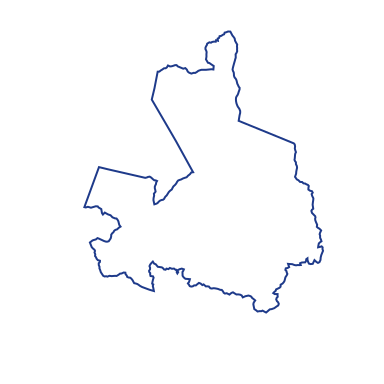 Quixadá, Ceará, Brazil (Mercator projection), rotated 250°
{"feature_id": "56859067B59231090145989", "entity_name": "Quixadá", "entity_type": "district", "adm_level": 2, "iso_a3": "BRA", "parent_name": "Brazil", "parent_adm1": "Ceará", "projection": "mercator", "projection_center": [-38.963, -4.916], "detail": "fine", "context": "isolated", "style": "outline", "palette": "blue", "viewbox_px": 384, "rotation_deg": 250, "n_neighbors": 0, "source": "geoboundaries", "source_scale": "gbopen_adm2", "svg_char_len": 6002}
<svg xmlns="http://www.w3.org/2000/svg" viewBox="0 0 384 384"><g transform="rotate(250 192 192)"><path d="M329.6,282.9L330.5,280.8L330.4,278.7L330.6,277.2L329.2,276.1L329.2,274.7L328.7,273.0L329.0,271.2L327.6,270.3L327.4,268.6L325.3,268.1L326.4,266.6L325.1,265.7L325.8,264.2L326.1,262.2L325.8,260.9L326.7,259.5L326.2,257.0L324.9,256.1L324.0,254.9L322.8,253.9L321.5,253.5L320.1,253.7L318.5,253.6L316.6,252.7L314.3,251.9L313.0,251.2L311.9,250.5L308.0,251.2L307.2,252.5L305.7,253.5L303.0,255.5L299.8,254.0L300.7,252.3L302.1,246.7L303.6,242.6L303.7,241.2L303.7,239.4L303.1,237.5L302.8,235.7L303.4,234.4L303.5,231.9L305.1,230.1L306.6,229.2L308.8,229.0L310.7,228.1L310.9,225.9L312.5,224.2L314.9,221.6L316.5,220.9L317.0,219.4L317.0,217.4L317.1,215.9L317.5,214.3L319.1,212.7L317.7,211.0L317.3,209.6L317.8,208.0L317.2,205.8L316.9,204.2L316.3,202.5L316.8,200.9L302.3,192.2L292.6,185.8L287.7,186.7L264.5,190.9L244.8,194.4L210.2,199.8L210.6,198.0L209.4,196.1L208.7,193.9L207.7,192.0L207.8,189.9L207.8,188.0L207.5,186.2L207.6,184.1L207.5,182.8L206.6,181.4L205.4,180.1L204.5,178.6L203.6,176.4L202.3,174.9L201.3,173.9L200.7,171.9L199.9,170.2L197.4,167.0L196.8,165.5L196.0,164.4L195.1,163.5L194.6,162.0L194.9,160.7L194.8,158.9L194.2,157.3L193.4,155.9L193.2,154.6L193.3,152.4L197.6,153.0L199.4,153.8L201.6,155.2L203.4,155.6L204.8,157.9L206.6,158.2L208.0,158.3L209.6,158.8L210.8,159.8L211.7,160.8L213.2,161.6L214.3,162.9L215.3,161.9L215.9,160.6L217.5,159.6L219.5,158.6L220.9,157.5L221.2,155.8L221.1,154.5L221.3,152.9L242.0,120.9L247.2,113.1L214.6,85.7L213.8,86.9L213.7,89.1L211.8,91.7L211.5,96.7L210.7,98.5L209.4,98.9L207.0,100.9L203.0,100.2L201.3,100.6L202.5,103.0L201.3,104.0L199.6,105.5L198.0,107.5L196.6,108.1L195.4,108.6L194.5,109.6L193.5,110.7L192.9,112.0L191.5,112.5L189.7,112.8L187.9,112.6L186.0,112.4L183.9,113.0L183.5,111.1L182.5,108.8L182.6,107.1L182.2,105.7L181.0,104.3L180.5,102.9L179.5,101.5L177.8,100.8L176.2,99.7L174.2,96.9L174.3,95.5L174.7,94.3L175.9,92.7L180.1,88.5L181.0,87.4L180.3,85.4L180.5,83.3L180.5,81.9L180.0,80.5L179.5,78.8L174.5,78.9L172.8,79.6L171.1,80.6L169.8,80.7L168.5,79.7L166.6,79.8L165.0,79.0L163.4,79.5L162.0,79.5L160.2,80.2L158.9,82.0L157.7,81.5L157.0,80.0L155.2,79.4L153.3,79.5L151.9,78.9L150.2,79.0L147.8,78.9L145.7,79.4L143.6,79.9L142.5,81.0L142.2,82.5L141.4,83.6L141.5,85.7L140.4,87.8L140.0,89.4L139.6,90.8L138.9,92.5L139.4,94.9L139.9,96.4L139.5,98.0L139.7,100.2L139.0,101.8L137.3,101.5L135.9,102.1L134.3,102.1L133.3,103.2L132.7,104.5L131.5,105.3L129.4,106.0L127.9,106.2L126.1,106.5L125.3,107.8L124.2,109.2L123.0,110.1L121.6,111.0L119.8,112.6L114.7,118.6L112.0,122.3L115.0,122.8L117.1,123.0L118.4,124.0L119.5,123.2L121.0,124.1L122.9,125.3L124.6,126.6L126.1,126.5L127.2,124.3L128.6,124.4L130.1,125.0L131.4,124.5L132.6,124.7L133.7,126.1L135.1,126.7L136.9,126.7L138.2,128.0L139.2,129.7L140.0,131.4L137.7,131.9L136.5,133.2L133.4,134.3L131.5,137.9L130.1,138.8L128.8,139.2L128.0,140.6L128.7,141.8L127.6,143.5L128.2,145.2L126.7,146.9L126.2,148.9L124.6,149.9L123.2,151.1L123.7,153.8L123.5,156.2L122.1,157.9L120.9,156.8L120.1,155.7L116.5,154.5L114.6,155.0L112.7,156.1L111.6,158.6L110.8,160.2L108.5,158.5L107.5,156.9L106.0,157.4L104.3,157.7L103.4,158.9L103.1,160.5L103.5,162.0L102.9,163.7L103.5,165.3L104.2,167.4L103.0,168.8L101.0,169.9L101.2,171.3L99.9,172.0L98.5,172.8L98.2,174.0L97.4,175.5L95.3,176.3L94.5,177.6L94.3,179.1L93.8,180.3L92.9,181.9L92.0,183.3L90.4,185.1L89.8,186.5L87.8,187.2L86.5,187.3L85.3,188.2L85.0,190.0L82.8,192.1L83.4,193.6L83.7,194.9L83.7,196.2L82.1,197.4L80.5,198.7L80.0,200.4L79.0,202.2L77.8,203.3L75.6,203.7L75.8,206.4L75.4,209.6L74.4,211.0L73.4,211.9L71.8,212.3L70.6,213.1L68.5,214.3L67.0,212.2L65.7,211.3L64.1,211.0L62.7,210.8L60.7,210.5L58.6,212.0L57.3,212.7L56.9,214.9L56.3,216.3L56.4,217.7L53.4,220.4L54.0,222.1L55.1,224.9L54.7,226.9L54.7,229.6L55.5,232.4L55.9,234.2L57.2,235.3L59.0,235.2L60.4,234.5L62.3,234.4L63.6,235.4L64.2,236.7L65.5,237.0L66.8,237.5L67.8,234.8L69.2,233.8L70.0,235.3L70.5,236.8L71.7,237.7L71.9,239.9L72.1,241.6L72.7,242.8L74.6,243.6L75.0,245.8L75.9,247.4L76.8,248.5L78.4,249.6L79.9,250.6L81.3,252.5L82.4,253.6L83.8,253.5L85.4,253.7L86.8,253.1L88.2,254.0L87.9,255.8L88.2,257.6L91.6,257.7L90.8,259.4L89.9,261.5L88.4,263.2L87.5,264.7L87.3,266.1L86.6,267.8L86.2,269.2L88.1,269.2L88.2,271.0L87.2,274.3L88.2,275.6L89.8,276.4L90.2,277.8L88.6,277.3L86.7,277.2L84.7,277.4L83.7,278.8L83.2,280.9L84.6,282.3L86.1,283.8L83.7,285.0L82.3,286.1L82.5,287.8L84.2,289.5L86.4,290.5L88.5,291.9L90.5,293.7L91.9,295.0L93.7,295.1L95.3,295.8L96.6,295.2L96.6,293.9L96.9,291.6L98.4,292.4L100.3,293.6L101.0,295.2L101.4,296.8L103.4,296.9L105.1,296.7L107.3,297.5L108.7,297.5L109.9,298.4L111.7,300.2L113.1,299.6L114.3,298.9L115.4,298.0L116.6,297.4L118.4,298.4L121.5,298.2L123.2,298.2L124.7,298.5L125.8,299.3L127.1,299.5L131.3,297.6L133.4,297.7L134.3,298.7L134.8,300.2L138.8,301.0L141.4,302.3L142.8,303.1L144.6,303.9L147.0,303.6L149.1,303.7L150.1,305.2L151.7,305.0L152.9,303.3L154.5,302.2L156.0,302.8L157.7,303.8L159.1,303.3L160.1,302.1L161.2,301.3L162.0,299.7L163.7,298.9L164.5,297.0L166.7,296.0L168.0,294.8L171.0,294.0L173.6,296.1L175.4,296.9L177.1,297.9L178.8,299.0L180.5,299.4L182.6,299.2L184.4,299.8L185.7,299.4L187.1,299.3L188.3,300.0L190.0,300.8L191.6,301.5L192.8,302.2L193.9,303.3L195.8,303.3L197.7,303.5L199.7,304.5L201.6,304.8L202.9,304.3L242.9,260.2L244.7,261.2L247.9,263.0L249.8,264.3L251.7,265.0L254.1,264.9L256.6,264.2L258.5,264.1L260.0,264.1L262.1,264.4L263.9,264.9L265.5,265.6L266.5,266.5L267.4,267.8L268.6,269.0L270.1,270.1L272.0,271.7L273.6,272.4L275.0,271.9L276.7,271.8L278.3,271.6L279.8,271.8L281.9,272.0L283.6,271.8L285.0,271.2L286.9,271.2L288.8,271.8L290.2,272.1L291.7,271.9L293.2,272.0L294.4,272.7L295.6,273.5L298.3,275.4L300.9,277.3L302.1,278.1L303.2,279.0L304.9,279.6L306.5,280.1L307.5,281.4L308.8,282.6L310.3,283.0L312.0,283.7L313.6,284.1L315.1,284.9L317.3,284.5L319.5,284.2L321.7,284.6L323.9,284.0L325.2,283.5L329.6,282.9ZM123.2,151.1L121.9,150.2L120.5,150.4L121.4,151.6L123.2,151.1Z" fill="none" stroke="#1e3a8a" stroke-width="2"/></g></svg>